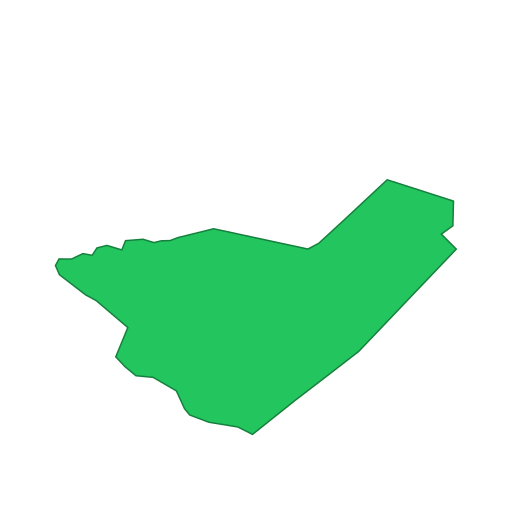 Lagoa d'Anta, Rio Grande do Norte, Brazil (orthographic projection), rotated 310°
{"feature_id": "56859067B71125649777264", "entity_name": "Lagoa d'Anta", "entity_type": "district", "adm_level": 2, "iso_a3": "BRA", "parent_name": "Brazil", "parent_adm1": "Rio Grande do Norte", "projection": "orthographic", "projection_center": [-35.638, -6.37], "detail": "fine", "context": "isolated", "style": "filled", "palette": "green", "viewbox_px": 512, "rotation_deg": 310, "n_neighbors": 0, "source": "geoboundaries", "source_scale": "gbopen_adm2", "svg_char_len": 680}
<svg xmlns="http://www.w3.org/2000/svg" viewBox="0 0 512 512"><g transform="rotate(310 256 256)"><path d="M183.9,146.2L174.4,149.3L168.3,135.0L160.0,129.0L151.2,130.0L146.6,121.9L135.1,116.6L127.1,107.0L119.8,108.5L115.3,117.5L116.7,150.4L119.1,162.2L118.8,203.8L88.6,213.4L87.0,226.8L87.1,241.0L96.9,255.2L101.5,281.7L93.1,299.4L91.6,307.5L98.4,326.9L113.3,351.9L117.1,368.0L170.7,378.8L212.6,388.1L248.9,396.0L291.2,398.7L324.4,400.8L390.0,405.0L391.9,383.9L405.7,387.4L425.0,372.0L398.7,307.5L336.1,299.8L306.1,295.9L294.7,291.3L249.6,206.0L219.7,184.2L212.6,180.3L206.8,173.7L200.7,169.2L196.2,158.7L183.9,146.2Z" fill="#22c55e" stroke="#15803d" stroke-width="1.5"/></g></svg>